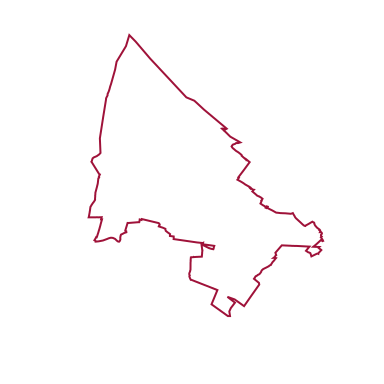 the district of Oaxaca de Juárez, Oaxaca, Mexico, rotated 304°
{"feature_id": "50627088B44043795414637", "entity_name": "Oaxaca de Juárez", "entity_type": "district", "adm_level": 2, "iso_a3": "MEX", "parent_name": "Mexico", "parent_adm1": "Oaxaca", "projection": "natural_earth1", "projection_center": [-96.731, 17.097], "detail": "fine", "context": "isolated", "style": "outline", "palette": "rose", "viewbox_px": 384, "rotation_deg": 304, "n_neighbors": 0, "source": "geoboundaries", "source_scale": "gbopen_adm2", "svg_char_len": 5952}
<svg xmlns="http://www.w3.org/2000/svg" viewBox="0 0 384 384"><g transform="rotate(304 192 192)"><path d="M121.9,160.1L122.7,159.4L122.5,158.6L122.6,158.3L123.2,158.1L129.1,156.3L130.3,155.9L130.9,156.8L136.1,163.3L137.1,164.6L137.4,165.1L137.8,165.1L140.0,164.0L140.6,165.8L141.5,165.5L147.6,181.8L147.1,183.3L146.7,183.6L146.1,183.6L145.8,183.5L144.9,183.7L145.9,187.2L146.0,187.4L146.6,190.5L146.2,190.7L145.1,192.0L145.1,192.3L144.9,194.5L144.9,196.8L144.8,197.4L144.4,197.5L143.2,198.3L144.9,201.7L143.6,202.6L142.7,203.1L144.4,206.6L148.9,215.9L153.0,224.4L155.8,229.6L156.0,229.7L154.7,230.4L156.0,232.8L159.8,240.6L158.1,241.1L157.4,241.5L156.5,241.7L156.3,241.3L156.1,240.8L155.8,240.1L155.5,239.2L155.3,238.7L155.2,237.9L155.0,237.6L154.3,232.1L154.1,231.1L154.1,230.7L154.0,229.8L153.8,229.2L150.6,232.1L149.6,232.9L149.6,233.2L147.4,234.3L147.0,234.6L143.9,236.3L142.4,234.3L140.7,232.0L140.3,231.5L139.2,230.1L139.1,229.7L138.9,229.7L138.5,229.3L137.7,228.1L137.2,227.6L134.5,229.1L134.4,229.3L132.6,230.3L131.7,230.9L129.6,232.3L126.7,234.2L126.4,234.3L125.9,234.4L125.8,234.5L125.1,234.8L123.2,235.2L122.8,235.4L122.3,235.7L121.8,236.4L121.6,236.8L121.4,236.8L120.9,236.8L120.7,236.9L120.2,237.4L119.9,237.9L119.3,238.7L118.5,240.1L118.8,240.5L124.9,267.9L109.8,271.0L109.2,291.1L110.4,292.9L113.9,289.7L117.5,289.1L124.3,289.5L124.9,280.0L126.8,287.5L126.5,299.0L139.5,299.2L152.9,299.5L154.1,298.3L154.7,291.9L154.9,291.9L155.4,291.9L155.9,292.0L156.1,292.1L156.6,291.9L157.0,291.9L157.5,291.9L157.8,291.9L158.2,292.3L158.9,292.6L159.5,292.8L159.9,292.8L160.1,292.9L160.3,293.1L161.2,293.6L161.6,293.8L162.3,293.9L163.4,294.0L164.5,294.0L164.8,293.8L165.5,293.7L166.1,293.7L166.4,293.7L166.9,293.9L167.5,294.0L167.9,294.1L168.4,294.4L171.4,296.1L172.9,296.9L173.4,297.2L173.7,297.2L174.4,297.4L175.3,297.9L175.7,298.2L176.1,298.0L177.0,298.1L178.2,298.0L178.9,298.0L180.7,298.3L181.6,298.4L182.6,298.4L183.5,298.5L184.2,298.6L184.1,298.2L183.9,297.7L183.6,297.2L183.1,296.5L184.4,296.9L185.5,296.9L186.1,296.8L186.8,297.1L187.5,296.1L188.3,295.1L189.8,295.3L196.6,296.1L198.0,296.3L203.0,304.5L203.2,304.9L203.9,306.0L206.1,309.4L212.4,319.9L207.0,319.4L207.0,322.2L207.2,322.6L207.3,322.9L207.5,324.1L207.5,324.3L205.4,327.0L210.6,330.0L211.3,330.7L211.4,331.3L211.6,331.2L211.8,331.0L212.0,331.0L216.2,331.7L216.3,331.1L216.3,329.6L216.4,328.2L216.6,328.1L217.6,328.3L214.4,323.1L214.8,323.2L215.0,323.4L215.7,323.6L219.0,324.5L223.2,325.5L224.5,325.8L224.4,326.1L224.3,326.9L224.2,327.6L224.7,327.9L224.8,328.0L225.2,327.4L226.3,324.9L226.5,324.2L227.6,324.4L227.6,323.9L227.8,323.5L228.1,323.2L228.6,322.9L229.2,322.9L229.6,323.0L230.1,323.0L230.6,322.6L230.8,322.1L230.8,321.4L230.6,321.0L230.4,320.7L231.1,320.7L231.5,319.1L232.0,319.3L232.2,318.6L232.3,315.9L232.5,314.8L232.7,314.4L233.0,313.0L233.6,311.8L234.3,311.0L234.5,310.9L234.7,310.6L234.8,310.5L234.9,310.2L234.7,309.6L234.7,308.8L234.7,308.4L232.4,307.3L231.7,307.0L229.9,306.1L227.8,305.0L227.2,305.0L227.0,304.6L226.8,303.3L227.1,301.1L227.3,299.9L227.5,298.7L227.7,297.3L227.8,296.6L228.2,294.0L228.3,293.1L228.6,292.1L228.9,291.3L229.4,290.5L230.2,288.7L230.9,287.4L229.9,286.7L229.2,286.1L226.6,281.4L224.0,277.2L223.5,276.2L223.1,275.4L222.6,274.5L222.4,274.0L222.2,273.8L222.0,273.3L221.9,273.0L221.9,272.6L221.7,270.0L221.6,268.9L220.9,263.6L222.2,263.1L221.9,262.1L220.3,262.6L220.1,261.7L220.9,261.3L220.8,260.5L220.9,260.3L220.7,258.3L220.7,257.8L220.7,255.2L223.6,254.7L223.6,254.3L225.8,254.3L225.9,253.5L225.9,253.3L226.0,252.4L225.9,251.3L225.9,251.2L225.9,250.1L225.8,249.9L225.7,249.8L225.6,249.0L225.4,247.8L225.5,247.6L225.8,245.4L226.2,241.7L228.4,242.0L228.3,241.8L228.2,241.6L228.0,240.3L228.1,239.8L228.1,239.1L227.5,239.0L227.6,238.3L227.9,238.3L227.9,237.5L228.4,237.6L228.4,236.3L228.2,234.5L228.1,232.9L228.0,232.2L228.1,229.8L228.0,227.3L227.7,223.7L227.6,222.8L230.1,222.9L230.1,222.2L239.1,222.7L243.8,222.9L246.1,223.0L246.4,223.0L249.0,223.1L249.4,218.9L249.0,218.9L249.3,218.3L249.4,217.3L249.2,217.3L249.5,215.0L249.8,212.9L250.3,212.7L250.5,211.8L250.6,211.0L250.7,209.8L250.8,208.6L250.8,207.3L250.7,205.9L250.8,204.6L251.1,202.3L251.1,201.7L251.3,200.8L251.5,200.2L252.3,198.6L252.3,198.4L252.4,198.9L253.1,199.4L254.1,199.4L254.5,199.6L255.8,200.7L257.2,201.2L258.4,202.9L260.1,204.3L259.3,192.9L259.3,192.7L259.9,189.5L260.1,188.6L260.4,186.9L260.7,185.2L260.7,184.9L260.8,184.0L261.0,183.6L261.1,183.1L261.1,182.4L261.3,181.4L261.5,181.6L261.7,181.8L261.9,182.4L262.1,183.0L262.7,184.8L263.9,185.4L267.0,155.9L269.0,142.9L267.3,134.4L279.2,82.7L285.2,61.1L287.0,52.3L276.0,55.7L257.9,56.6L250.5,59.8L236.2,64.5L233.6,65.2L231.1,66.1L228.6,66.8L226.1,67.2L224.8,68.0L222.8,68.2L221.6,68.4L220.6,69.0L204.8,76.3L185.0,85.6L173.2,94.3L171.1,94.0L169.9,93.5L168.5,93.0L167.1,92.1L165.7,91.2L164.3,90.8L162.9,91.2L161.4,91.7L160.8,91.7L160.4,92.8L154.9,105.1L154.9,105.3L155.0,105.8L152.7,106.2L152.6,106.4L152.5,106.6L152.3,106.8L152.2,106.9L151.7,106.9L151.4,106.9L151.2,106.8L151.0,106.7L146.6,109.0L145.4,109.5L144.9,109.7L144.7,109.7L143.5,110.2L137.7,112.2L137.4,112.3L136.0,113.2L134.9,113.7L134.6,114.0L131.8,115.6L131.7,115.7L131.4,115.8L131.2,115.9L131.2,116.0L130.9,116.1L130.5,116.1L128.1,116.1L127.9,116.0L125.6,116.0L124.8,116.0L124.4,116.1L123.0,116.1L122.1,116.5L119.9,117.6L119.1,118.0L118.9,118.0L118.2,118.4L114.1,120.2L113.9,120.7L113.5,120.4L113.2,120.5L115.9,124.5L118.0,127.5L118.5,128.3L119.4,129.6L120.6,131.2L118.5,131.9L119.0,132.7L115.9,133.7L113.6,134.5L113.4,134.6L109.2,136.0L108.1,136.3L106.0,137.0L104.2,137.5L103.5,137.7L101.9,138.2L101.2,138.3L101.1,137.8L99.2,138.0L97.4,138.1L97.5,139.6L97.0,139.9L97.4,140.4L98.9,142.2L102.0,145.3L105.6,147.9L107.0,148.8L108.3,149.9L108.8,150.4L109.7,152.1L110.1,154.4L109.6,157.2L109.6,158.5L110.1,159.4L111.2,159.5L112.5,159.2L114.3,157.9L116.3,157.1L117.0,157.0L119.1,158.2L120.1,158.7L121.9,160.1Z" fill="none" stroke="#9f1239" stroke-width="2"/></g></svg>